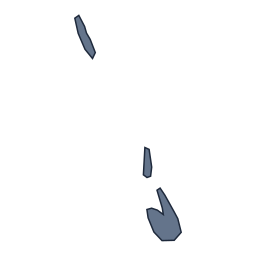 the District of Ragged Island
{"feature_id": "BHS-5034", "entity_name": "Ragged Island", "entity_type": "District", "adm_level": 1, "iso_a3": "BHS", "parent_name": "The Bahamas", "parent_adm1": "", "projection": "albers", "projection_center": [-75.761, 22.282], "detail": "fine", "context": "isolated", "style": "filled", "palette": "slate", "viewbox_px": 256, "rotation_deg": 0, "n_neighbors": 0, "source": "natural_earth", "source_scale": "10m", "svg_char_len": 510}
<svg xmlns="http://www.w3.org/2000/svg" viewBox="0 0 256 256"><path d="M174.0,211.6L177.8,218.7L181.2,232.3L174.2,240.3L162.0,240.6L153.9,232.0L148.1,217.8L146.9,209.5L151.6,208.2L157.3,210.1L163.3,214.5L162.3,208.0L157.0,190.2L160.1,188.1L164.8,195.1L174.0,211.6ZM86.5,33.1L90.2,39.4L95.3,52.6L92.5,58.5L85.0,49.3L78.2,33.4L74.8,18.2L78.8,15.4L84.6,26.5L86.5,33.1ZM150.6,176.2L147.0,177.5L143.4,174.8L144.9,147.5L149.1,149.4L151.7,167.1L150.6,176.2Z" fill="#64748b" stroke="#1e293b" stroke-width="1.5"/></svg>